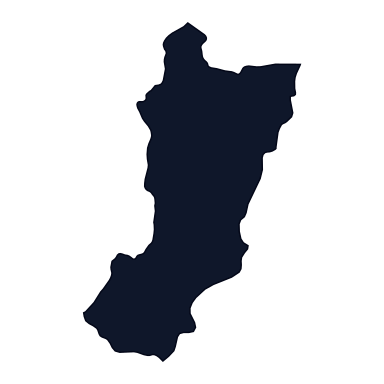 map outline of Zamora Chinchipe (Albers equal-area conic projection)
{"feature_id": "ECU-1269", "entity_name": "Zamora Chinchipe", "entity_type": "Province", "adm_level": 1, "iso_a3": "ECU", "parent_name": "Ecuador", "parent_adm1": "", "projection": "albers", "projection_center": [-78.963, -4.167], "detail": "fine", "context": "isolated", "style": "filled", "palette": "ink", "viewbox_px": 384, "rotation_deg": 0, "n_neighbors": 0, "source": "natural_earth", "source_scale": "10m", "svg_char_len": 2992}
<svg xmlns="http://www.w3.org/2000/svg" viewBox="0 0 384 384"><path d="M300.3,64.4L300.0,65.3L296.3,73.3L295.0,77.4L294.5,81.3L294.6,88.5L295.4,92.6L295.3,94.5L293.8,95.7L291.2,96.1L290.3,96.5L290.2,97.5L290.2,100.0L292.7,112.9L291.5,116.8L286.6,121.5L285.0,122.6L282.6,123.7L281.4,124.6L279.3,128.5L277.9,132.3L275.9,147.1L275.9,148.5L275.1,149.3L272.3,150.9L269.7,151.7L267.3,151.9L265.1,152.4L263.0,154.5L262.1,157.8L262.3,169.7L260.1,178.6L247.9,204.1L246.0,212.8L244.3,216.7L240.6,219.8L239.0,224.0L239.2,231.5L240.8,238.9L243.3,242.8L248.0,245.7L247.5,248.9L244.4,252.7L241.5,257.3L241.0,261.0L241.2,265.0L240.9,268.8L239.1,272.1L233.7,275.7L231.5,277.1L213.3,284.4L204.9,289.1L195.8,297.5L192.1,302.6L189.9,308.1L190.0,313.6L194.5,322.6L195.5,327.4L193.4,331.4L188.8,332.4L183.5,332.4L179.5,333.5L177.4,336.8L175.2,346.5L173.8,350.7L168.6,356.2L162.9,361.0L159.2,357.3L157.0,355.7L154.9,354.7L152.8,354.4L149.6,355.3L147.5,355.3L144.1,354.6L137.4,352.2L133.9,351.6L129.0,351.8L119.7,352.2L115.2,350.9L112.4,347.6L110.3,343.3L107.6,339.5L105.9,338.4L102.0,336.9L100.2,335.7L99.2,333.9L97.9,330.0L96.8,328.2L93.3,325.7L89.2,323.5L85.8,320.7L84.3,316.5L83.7,312.8L85.6,311.9L94.1,302.6L100.8,291.9L103.3,289.1L109.5,280.3L110.8,277.8L111.7,275.2L112.0,273.0L111.2,269.4L111.0,267.2L112.1,261.3L115.1,258.9L116.3,257.4L117.5,255.1L118.9,253.9L120.4,253.7L122.5,254.2L124.8,255.1L127.4,255.5L129.1,256.2L131.2,257.7L132.9,259.1L134.7,259.2L136.0,258.1L137.0,256.3L138.1,255.3L139.8,254.8L141.5,254.4L143.3,253.7L144.5,252.5L146.1,249.5L149.0,245.4L151.5,243.2L152.4,241.8L153.0,240.2L154.1,233.7L154.5,229.6L154.3,224.7L153.9,222.4L155.5,211.1L154.9,205.8L155.4,203.2L155.1,199.8L154.9,198.2L154.4,196.6L152.2,193.9L151.6,192.9L150.7,192.0L149.7,191.3L147.7,190.5L147.0,190.0L146.4,189.5L145.8,188.8L145.2,187.8L144.7,186.3L144.8,183.4L145.3,179.2L148.2,167.9L148.5,165.0L147.5,159.0L147.2,154.3L147.7,148.0L149.0,143.7L150.9,139.3L151.6,137.0L151.8,135.2L151.3,131.9L150.8,130.0L148.4,125.9L144.6,121.3L142.6,118.3L139.8,111.7L137.9,108.2L137.4,106.6L137.0,104.7L137.3,103.3L137.9,102.4L138.9,101.8L139.9,101.7L141.1,101.8L143.1,101.7L144.2,101.2L145.1,100.6L146.1,99.4L146.3,98.1L146.1,95.2L146.9,93.9L149.7,91.4L151.2,90.6L155.2,85.7L158.7,85.2L160.0,84.7L161.4,84.0L162.5,82.4L163.4,80.5L165.6,68.9L164.4,61.8L164.5,59.5L165.0,57.2L166.4,53.5L166.2,51.8L165.7,50.5L164.7,49.3L163.7,46.4L163.4,44.7L163.7,43.0L164.6,41.0L166.4,38.3L169.0,35.7L172.5,33.1L183.8,26.8L187.8,23.0L204.4,34.8L205.7,36.3L206.3,37.8L206.3,39.0L205.8,40.3L204.9,41.3L202.7,43.3L201.7,44.5L201.0,45.8L200.7,47.0L200.9,48.4L201.6,51.2L202.0,54.8L202.3,56.6L202.8,58.0L203.5,59.2L204.6,60.5L206.2,61.9L207.1,63.0L207.6,64.2L207.8,65.6L208.9,66.9L211.1,67.9L216.7,68.8L224.9,71.0L231.7,71.9L233.8,72.6L237.3,74.3L238.7,74.4L240.0,73.5L240.9,72.3L242.9,68.5L243.6,67.7L244.6,67.0L246.5,66.4L248.8,66.1L256.6,67.0L260.6,66.9L275.3,64.3L300.1,64.4L300.3,64.4Z" fill="#0f172a" stroke="#020617" stroke-width="1.5"/></svg>